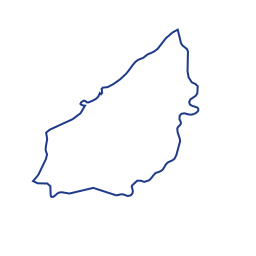 Ogliastra, Albers equal-area conic projection, rotated 225°
{"feature_id": "ITA-5377", "entity_name": "Ogliastra", "entity_type": "Province", "adm_level": 1, "iso_a3": "ITA", "parent_name": "Italy", "parent_adm1": "", "projection": "albers", "projection_center": [9.501, 39.887], "detail": "fine", "context": "isolated", "style": "outline", "palette": "blue", "viewbox_px": 256, "rotation_deg": 225, "n_neighbors": 0, "source": "natural_earth", "source_scale": "10m", "svg_char_len": 1558}
<svg xmlns="http://www.w3.org/2000/svg" viewBox="0 0 256 256"><g transform="rotate(225 128 128)"><path d="M157.6,23.3L158.0,29.2L158.5,32.1L164.1,48.1L166.6,52.1L170.1,53.8L172.0,55.5L177.3,63.0L182.6,66.8L182.1,71.6L173.4,95.1L172.0,104.9L174.2,113.4L175.6,112.3L177.3,111.4L178.7,111.4L179.3,113.4L178.5,116.3L177.0,117.0L175.4,117.0L174.2,117.8L172.5,121.9L171.3,125.7L171.2,129.3L172.6,132.7L171.0,132.7L171.1,134.6L172.2,135.2L173.1,136.3L174.3,136.9L174.3,138.8L171.3,142.5L169.3,149.0L168.0,156.8L167.7,164.4L168.0,168.4L169.2,176.0L169.5,180.3L169.0,183.4L166.8,188.6L166.3,193.1L165.8,195.0L164.7,197.4L163.6,200.7L163.0,204.8L164.7,218.6L164.0,227.2L162.4,232.7L150.4,225.4L147.8,224.9L142.0,225.5L139.7,224.5L125.9,210.1L121.0,206.7L115.2,205.4L111.5,206.8L108.2,206.8L103.5,201.5L102.9,198.6L104.1,192.3L103.1,189.6L100.8,188.4L98.4,189.0L93.7,191.4L92.0,191.3L90.8,190.3L90.4,188.6L90.6,186.4L91.5,184.1L92.8,182.1L94.3,180.7L98.6,178.2L100.2,175.9L100.2,173.4L98.1,170.8L94.6,169.4L93.7,168.4L93.3,167.0L93.3,163.8L92.8,162.5L90.1,160.2L84.1,157.2L81.8,155.5L74.6,142.9L73.4,139.1L73.7,136.7L75.5,131.7L75.5,129.2L74.1,123.8L74.2,121.3L75.2,118.5L76.7,115.8L76.6,112.5L76.1,109.1L76.1,105.9L78.4,101.4L81.6,99.8L84.2,97.3L84.5,90.3L83.9,89.2L80.3,87.1L79.4,86.1L78.7,85.0L78.4,83.7L78.6,82.1L80.1,79.7L84.6,77.6L86.5,75.6L87.7,73.4L89.0,71.9L110.2,61.1L123.1,40.2L129.6,35.6L131.2,33.4L131.7,31.2L131.8,28.6L132.2,26.4L133.6,25.1L135.3,25.9L141.7,31.9L145.8,31.7L152.8,25.0L157.6,23.3Z" fill="none" stroke="#1e3a8a" stroke-width="2"/></g></svg>